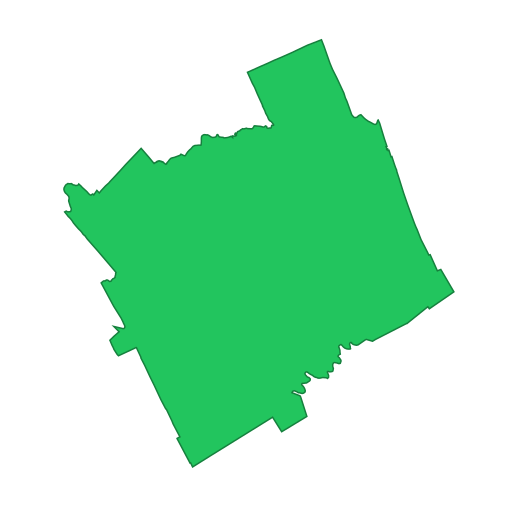 Barla, Arges, Romania (Natural Earth projection), rotated 65°
{"feature_id": "2599482B83740552366716", "entity_name": "Barla", "entity_type": "district", "adm_level": 2, "iso_a3": "ROU", "parent_name": "Romania", "parent_adm1": "Arges", "projection": "natural_earth1", "projection_center": [24.78, 44.442], "detail": "fine", "context": "isolated", "style": "filled", "palette": "green", "viewbox_px": 512, "rotation_deg": 65, "n_neighbors": 0, "source": "geoboundaries", "source_scale": "gbopen_adm2", "svg_char_len": 6042}
<svg xmlns="http://www.w3.org/2000/svg" viewBox="0 0 512 512"><g transform="rotate(65 256 256)"><path d="M420.4,402.6L417.8,381.8L409.1,309.1L426.1,307.0L422.9,277.7L402.7,275.1L401.6,275.1L401.1,275.4L395.1,281.2L394.6,280.6L394.1,279.7L394.3,278.2L396.5,276.2L397.8,275.5L398.2,274.5L398.9,273.8L400.1,272.3L400.4,270.7L399.9,268.9L398.6,268.2L396.6,268.0L394.3,268.2L392.4,268.9L391.9,268.9L391.3,268.6L391.0,268.0L391.2,267.3L391.6,266.6L391.8,265.6L392.1,264.8L392.4,263.8L391.9,260.3L391.6,259.6L390.8,259.0L390.3,258.8L389.8,258.9L388.5,259.4L387.6,260.4L386.6,260.9L385.9,261.0L385.0,261.4L383.2,261.4L382.9,261.2L382.2,259.5L382.9,258.5L383.4,258.4L383.7,258.0L384.8,257.6L386.6,256.4L388.3,255.0L388.9,254.9L390.0,254.3L391.1,253.3L391.8,252.3L392.8,251.5L393.7,249.7L394.3,247.0L394.6,246.4L396.1,243.7L397.2,242.9L396.6,241.5L395.0,240.7L394.1,240.6L391.9,240.5L391.2,240.3L391.0,239.5L392.0,238.4L392.6,237.0L392.9,235.6L392.7,234.9L390.6,233.4L388.8,233.2L386.8,232.4L385.6,231.0L385.7,229.9L387.1,227.9L388.5,226.5L388.8,225.7L388.9,225.0L388.4,224.5L387.1,223.3L386.2,223.1L383.4,223.5L382.5,224.0L381.6,224.1L380.9,223.4L380.7,223.0L380.6,221.1L378.8,220.6L377.2,219.9L376.2,219.7L375.3,219.6L374.5,219.4L373.7,219.6L372.6,219.0L372.1,217.2L372.1,216.4L372.8,216.0L375.5,215.2L377.2,214.3L378.7,212.8L379.6,211.2L380.1,210.1L380.0,209.5L379.2,209.4L377.7,208.8L375.8,208.6L374.9,208.1L374.3,207.0L374.8,206.0L375.7,206.1L377.2,205.3L378.2,204.2L379.3,202.7L379.7,201.1L378.2,192.4L378.2,191.3L382.5,186.4L382.1,182.8L380.8,147.8L381.0,147.7L374.6,121.7L377.1,121.2L372.1,91.8L346.3,94.2L346.1,97.9L328.4,97.6L328.3,98.9L328.1,99.0L324.9,99.0L310.9,99.5L300.1,98.8L297.1,98.8L293.3,98.6L273.8,96.9L261.3,95.6L246.5,93.6L239.1,92.7L237.2,92.2L235.4,92.2L231.2,91.8L223.3,90.8L223.2,91.7L216.4,90.8L216.3,91.6L214.7,91.4L214.8,91.9L215.2,92.0L215.3,92.1L215.2,92.4L215.0,92.5L214.6,92.5L214.6,92.1L211.8,91.9L212.0,91.0L203.9,90.1L187.9,87.8L184.4,87.8L184.5,88.3L185.6,89.3L187.0,90.7L187.2,91.4L187.2,92.1L186.9,92.8L186.2,93.6L182.2,96.5L181.8,97.0L178.7,98.8L176.7,99.7L172.3,101.2L172.1,102.6L172.3,104.0L172.9,105.8L172.5,107.5L171.7,108.6L169.1,109.4L168.1,109.5L154.1,108.2L150.5,108.2L145.5,107.5L129.3,107.5L119.2,107.8L112.4,107.5L94.2,105.7L87.7,105.3L86.7,120.1L86.8,138.3L86.6,149.0L86.3,156.8L86.3,163.6L86.1,171.8L85.9,186.1L98.0,186.3L102.6,186.0L109.4,186.3L122.3,186.4L122.4,186.6L122.6,186.7L128.1,186.6L130.8,186.9L134.5,186.6L137.2,186.8L139.0,186.5L140.7,185.3L144.3,184.5L144.9,184.8L144.9,185.0L144.3,186.2L144.3,186.6L144.7,186.9L145.5,187.5L146.3,188.3L146.3,188.5L145.6,189.9L145.4,191.1L145.2,191.4L144.5,191.9L144.0,191.9L143.3,191.6L142.8,191.9L142.2,192.2L142.1,192.5L142.5,193.9L142.2,195.0L140.5,196.9L140.2,197.6L139.7,198.2L139.3,199.1L138.9,199.6L138.7,200.4L138.0,201.0L137.7,202.0L137.3,202.5L137.4,202.8L138.0,203.5L138.8,204.9L139.0,205.4L138.9,206.1L137.0,209.8L136.4,210.4L136.1,210.7L135.7,213.2L134.9,214.5L135.2,215.6L135.2,216.8L135.7,217.8L135.5,219.9L135.6,220.2L136.5,221.3L136.7,221.6L136.0,222.4L135.9,222.7L136.3,223.3L136.9,223.8L137.2,223.6L137.6,222.5L138.1,222.5L138.5,222.9L138.6,223.4L138.6,223.9L137.9,225.7L137.3,226.3L137.5,226.6L138.7,227.1L136.9,227.9L137.0,228.6L136.7,231.2L136.3,232.7L135.6,234.7L135.2,235.3L134.5,235.7L134.1,236.6L132.8,238.6L132.4,239.0L132.1,239.1L130.0,239.3L129.7,239.5L129.6,239.8L129.8,240.5L130.8,241.4L131.0,241.9L131.0,242.8L130.7,243.9L130.2,245.3L129.0,246.5L126.9,247.7L125.8,248.6L125.6,248.9L125.6,249.5L125.1,249.9L124.1,251.7L124.0,252.6L124.3,254.2L124.6,254.7L125.9,255.6L129.5,257.3L132.1,258.8L132.3,259.1L131.3,261.1L130.6,263.2L130.0,264.7L130.0,266.6L130.7,268.3L131.4,269.8L131.7,271.2L132.8,273.9L133.9,275.8L134.8,277.0L135.1,277.5L135.1,278.1L134.3,279.1L132.0,281.0L132.6,282.4L132.1,288.3L131.6,290.6L131.5,291.9L132.1,293.6L133.2,295.6L133.9,297.3L134.3,297.8L134.6,297.9L134.6,298.1L134.8,298.7L134.7,299.1L132.9,300.0L132.4,300.3L131.3,300.6L131.2,301.2L130.8,301.2L130.4,301.6L130.3,301.8L130.7,301.7L130.6,301.9L130.2,302.2L129.9,302.1L129.4,302.7L129.3,303.0L128.9,303.3L128.8,303.6L129.0,304.0L128.6,304.2L128.5,304.7L128.5,305.8L128.6,306.0L128.9,306.0L129.0,306.4L129.0,306.5L128.6,306.5L128.9,307.5L128.7,308.2L129.1,308.7L129.1,309.3L120.7,311.5L109.9,314.6L118.1,335.6L121.3,343.1L122.4,345.9L123.9,349.5L126.8,356.8L127.6,358.5L128.9,362.8L131.3,368.7L132.6,371.4L129.3,372.5L132.1,377.2L131.1,377.5L130.8,377.8L130.7,378.0L131.1,379.6L131.1,379.8L130.8,380.3L129.2,381.2L126.1,382.1L121.5,384.0L120.5,384.5L119.2,384.8L115.8,386.2L116.3,386.9L116.5,387.6L116.5,388.1L116.0,389.3L116.0,389.6L115.1,390.4L114.6,391.2L113.6,392.2L112.9,392.3L112.5,392.5L111.7,394.5L110.8,395.9L111.0,396.6L111.0,397.7L111.5,398.9L113.2,401.2L114.2,401.8L114.9,402.1L116.6,402.3L118.3,402.1L120.4,401.2L122.6,400.6L123.4,400.6L124.7,401.0L125.5,401.5L126.3,402.2L127.3,402.6L132.4,403.3L134.8,403.4L135.5,403.6L136.8,404.6L137.3,405.2L137.3,405.6L136.6,407.6L136.2,408.2L135.1,409.0L135.1,410.1L135.2,410.8L138.8,409.9L140.8,409.5L142.5,408.8L144.1,408.3L146.2,407.8L148.7,407.5L151.9,406.7L156.4,405.4L159.0,404.4L160.8,403.9L163.3,403.5L164.0,403.1L164.9,402.9L165.8,402.2L166.4,402.3L169.5,401.7L184.8,397.2L211.7,389.8L212.5,390.6L213.7,391.2L215.0,392.4L215.9,392.8L216.2,394.4L216.2,395.6L216.6,396.2L216.8,397.1L217.6,398.1L217.2,399.5L216.7,399.8L216.1,400.0L215.1,400.7L214.7,401.4L214.5,401.9L214.9,403.0L214.3,404.3L214.2,404.9L214.7,406.9L215.0,407.3L215.0,407.7L238.4,406.4L241.5,406.2L255.3,404.5L259.4,404.4L261.1,404.5L262.9,404.4L264.4,404.6L265.1,404.9L265.7,405.8L265.9,406.2L265.7,407.1L259.8,414.6L266.8,412.1L268.7,418.6L270.6,424.0L276.1,424.2L278.9,424.1L280.7,424.2L286.6,423.4L288.3,422.8L288.3,405.6L288.3,403.3L288.5,403.1L299.2,403.1L299.7,403.4L300.3,403.4L308.0,403.1L320.8,403.1L330.1,402.9L346.1,402.9L356.5,402.4L357.0,402.0L369.9,401.9L373.2,402.1L387.8,401.4L387.9,404.5L388.0,404.7L415.8,403.3L415.8,402.7L420.4,402.6Z" fill="#22c55e" stroke="#15803d" stroke-width="1.5"/></g></svg>